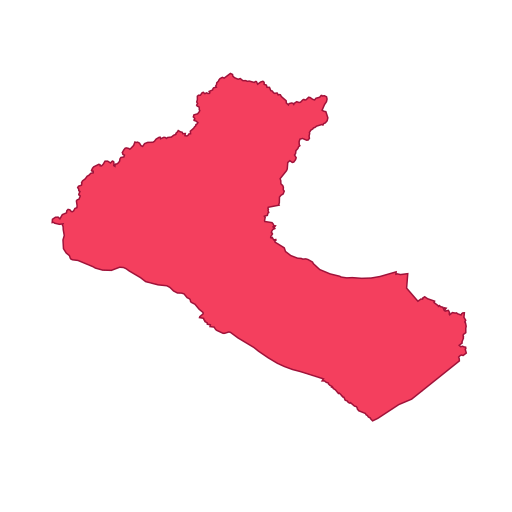 Selwyn District, Canterbury, New Zealand, rotated 349°
{"feature_id": "76426892B38400120345954", "entity_name": "Selwyn District", "entity_type": "district", "adm_level": 2, "iso_a3": "NZL", "parent_name": "New Zealand", "parent_adm1": "Canterbury", "projection": "robinson", "projection_center": [171.861, -43.322], "detail": "fine", "context": "isolated", "style": "filled", "palette": "rose", "viewbox_px": 512, "rotation_deg": 349, "n_neighbors": 0, "source": "geoboundaries", "source_scale": "gbopen_adm2", "svg_char_len": 6064}
<svg xmlns="http://www.w3.org/2000/svg" viewBox="0 0 512 512"><g transform="rotate(349 256 256)"><path d="M62.3,184.3L63.6,184.3L64.6,185.4L69.1,187.4L72.6,187.6L72.1,188.2L71.9,189.3L72.3,190.0L71.8,193.4L71.7,199.3L69.6,203.4L68.4,212.1L70.3,216.9L72.9,220.0L73.3,222.8L73.8,223.8L75.2,224.7L80.4,226.4L94.1,235.5L96.0,237.2L102.8,240.6L111.3,242.5L120.0,241.0L123.7,242.0L126.1,243.7L128.7,246.5L138.4,255.1L142.8,260.1L154.3,265.6L162.8,268.2L165.5,270.4L168.4,274.6L171.8,277.3L175.8,278.2L178.1,279.4L180.4,283.7L182.6,285.4L183.1,286.3L183.1,288.2L183.6,289.1L186.9,291.7L190.0,297.4L193.0,301.0L193.3,302.0L192.9,302.8L189.3,304.8L188.8,305.7L192.7,307.2L192.7,308.7L193.5,309.7L193.3,310.6L195.3,312.2L195.2,313.7L198.1,314.8L197.4,316.5L201.3,317.8L202.4,320.5L203.4,321.6L208.9,325.6L210.4,325.9L214.8,325.4L216.3,326.0L222.8,333.1L236.5,345.4L240.2,349.8L248.5,358.2L256.5,365.4L262.8,369.9L270.2,374.4L277.5,377.9L298.8,389.5L297.1,391.2L299.4,391.7L300.9,393.5L302.5,394.2L302.8,394.8L302.7,395.3L303.9,397.1L305.7,398.5L305.2,399.1L306.4,399.7L306.5,400.8L308.4,402.5L310.7,406.7L311.4,406.4L313.0,408.3L313.3,409.6L314.1,410.0L314.4,411.1L315.4,411.5L316.0,414.5L318.1,415.9L318.3,416.8L319.3,417.9L320.2,418.4L320.8,418.0L324.0,422.1L325.8,423.0L326.5,424.6L326.2,425.3L327.3,427.5L333.3,431.4L333.8,432.9L334.9,433.8L335.6,435.5L337.3,436.8L337.4,437.6L339.0,440.1L344.6,438.6L367.8,429.1L381.5,426.2L435.6,397.8L435.9,395.7L435.6,393.9L437.4,392.7L438.8,392.4L440.3,393.2L443.9,391.4L443.6,387.4L444.3,386.9L444.4,385.5L442.3,384.7L441.7,384.0L439.6,384.1L438.4,382.4L441.8,380.7L441.7,379.8L444.0,376.1L443.9,375.4L444.3,374.8L444.0,373.9L444.6,372.6L447.3,371.3L448.1,367.0L448.9,365.1L448.9,361.9L448.5,361.3L448.8,360.9L448.5,360.3L449.6,359.1L448.4,355.9L449.7,351.5L448.2,351.3L446.9,351.9L446.0,353.0L442.9,351.2L442.0,350.1L440.8,350.1L438.0,349.0L434.9,350.7L434.6,349.8L435.2,348.6L434.5,346.1L431.3,346.2L430.5,345.5L432.7,343.5L431.0,342.8L430.0,343.7L429.6,341.9L427.4,340.9L426.7,339.7L425.5,340.2L425.5,339.7L421.9,335.7L422.7,334.4L416.3,330.7L413.8,328.2L411.6,329.1L411.6,329.8L410.9,330.1L409.7,329.7L406.3,331.3L397.7,316.3L401.6,302.3L394.3,301.8L391.3,300.5L389.9,300.6L390.5,298.3L373.7,299.8L364.8,299.6L355.5,298.1L346.4,295.6L340.9,294.8L335.5,292.9L334.4,291.9L325.3,287.7L316.0,281.5L310.9,274.6L310.3,272.7L306.4,269.4L304.3,268.3L301.4,268.0L299.9,267.0L296.4,266.1L290.2,262.2L285.8,257.2L285.3,253.4L277.4,246.1L277.3,244.8L278.6,244.3L278.6,243.6L276.4,243.5L275.5,240.9L274.4,241.2L273.9,240.8L274.2,239.7L276.4,237.5L276.3,236.7L275.5,236.1L276.2,234.6L277.5,233.2L279.6,232.7L278.5,231.4L278.3,230.6L278.8,230.5L279.6,231.3L280.8,230.1L279.3,229.6L279.0,228.0L278.1,226.3L271.2,223.8L271.1,223.0L272.4,219.8L271.8,219.0L271.8,218.5L274.9,218.3L275.8,216.2L276.8,215.8L276.5,213.4L277.1,212.6L276.8,211.7L277.3,210.5L288.4,210.5L288.2,209.5L289.0,208.4L290.3,202.6L292.2,201.1L294.5,200.3L296.1,197.7L295.4,196.2L296.0,193.7L295.7,192.0L294.2,189.8L294.7,186.8L294.4,184.7L302.2,178.1L303.3,176.5L305.0,170.3L307.4,168.9L309.5,171.1L311.0,171.0L313.2,169.0L314.2,167.2L313.1,164.2L314.4,163.0L315.3,160.2L317.6,158.5L318.6,156.9L320.1,156.1L319.7,155.0L320.1,152.1L321.4,149.7L324.1,149.5L327.8,152.0L329.3,152.1L330.9,150.7L331.0,148.3L332.0,146.2L332.0,144.9L333.9,142.9L336.0,142.1L336.9,141.2L338.3,141.1L340.2,140.1L345.6,139.5L346.7,140.2L347.5,139.0L349.4,138.6L351.6,136.9L352.9,134.1L352.1,127.6L350.1,126.8L348.7,125.5L352.1,120.5L354.6,118.0L355.7,115.5L355.6,113.2L353.7,111.7L351.6,111.6L351.2,110.9L350.5,110.9L348.8,112.3L344.9,112.6L343.3,114.0L341.5,113.0L339.4,110.8L338.0,110.2L334.9,112.2L333.7,112.2L332.9,111.4L331.7,111.7L328.9,113.6L327.5,113.5L325.4,112.3L322.7,113.4L322.0,114.4L321.4,113.2L320.2,112.6L317.9,112.7L317.0,113.1L316.6,113.8L315.0,111.6L315.2,109.3L311.3,104.3L310.7,102.4L309.4,101.9L308.5,102.1L307.8,100.0L305.3,99.9L304.3,99.0L303.5,97.2L302.1,96.5L301.4,93.0L299.0,92.5L298.8,90.2L296.8,89.1L297.1,87.1L296.5,86.1L296.0,85.8L293.7,86.1L290.4,87.7L289.7,84.9L288.7,84.6L287.4,85.3L282.8,83.0L280.8,82.9L279.4,81.9L276.6,81.4L274.4,78.8L272.2,79.1L269.0,76.9L267.6,75.1L267.6,73.3L265.7,71.9L258.7,75.3L257.1,74.2L254.5,75.0L253.0,76.3L252.5,77.2L250.5,78.5L250.0,80.2L248.9,81.4L249.3,82.7L246.6,82.8L245.8,83.4L245.1,84.7L241.4,85.5L241.9,86.7L241.4,87.5L239.8,87.3L238.6,86.4L236.8,86.9L235.4,85.2L233.9,85.7L232.1,87.6L230.2,87.2L228.9,88.0L228.3,91.3L227.2,93.5L227.8,95.1L226.5,96.6L227.0,97.8L228.3,98.5L228.6,99.7L228.2,101.5L228.6,102.4L227.9,103.5L225.8,105.3L222.0,105.6L221.0,107.5L222.1,109.2L222.0,109.9L221.0,110.7L221.1,111.1L223.0,112.2L224.4,114.1L222.8,115.5L222.1,115.5L221.6,116.8L220.3,117.5L219.3,118.6L215.3,121.0L215.1,123.5L213.4,123.4L212.4,124.5L211.1,125.0L209.2,124.3L210.0,122.3L207.5,122.0L207.2,120.5L205.4,119.6L203.6,118.0L202.3,119.4L200.8,120.3L200.5,121.4L198.3,121.7L195.6,123.1L191.8,122.8L190.5,123.5L189.6,122.4L188.3,121.9L184.7,122.7L184.6,121.1L183.5,121.0L180.2,122.2L178.2,124.0L176.5,124.7L171.4,123.8L168.1,124.4L165.6,126.8L164.2,125.8L163.1,122.9L161.4,121.6L160.0,121.7L158.9,121.0L157.0,124.1L153.2,126.8L152.4,127.1L151.7,126.2L149.5,125.2L148.2,125.2L146.4,126.7L144.4,129.1L144.8,129.9L144.7,130.9L146.1,131.9L145.2,133.6L142.2,133.5L141.0,134.7L140.2,136.9L138.5,138.4L136.8,139.2L136.0,138.9L135.0,139.7L134.6,141.1L133.6,140.1L134.2,138.3L134.3,136.4L133.8,135.8L133.1,135.4L130.9,136.9L128.5,134.6L125.9,134.1L123.5,136.8L121.5,138.1L120.2,137.7L120.3,136.6L119.2,136.0L113.7,137.5L112.3,138.6L110.8,140.7L111.2,141.4L112.4,141.7L112.1,143.3L109.6,143.3L107.5,144.8L105.4,145.5L103.2,147.6L100.0,149.2L98.7,150.8L98.9,151.4L98.2,153.2L95.1,153.6L94.0,154.8L94.7,156.5L94.5,158.1L95.5,159.1L93.8,161.6L93.8,162.3L94.8,163.1L94.8,163.8L93.0,166.5L91.3,166.7L90.2,167.7L90.0,172.4L89.4,174.4L87.3,174.8L85.5,177.0L84.0,177.5L83.1,177.0L82.1,175.1L80.4,174.4L78.9,175.5L78.2,177.5L73.8,178.4L70.6,182.1L69.2,180.1L66.5,179.7L63.2,181.1L62.3,184.3Z" fill="#f43f5e" stroke="#9f1239" stroke-width="1.5"/></g></svg>